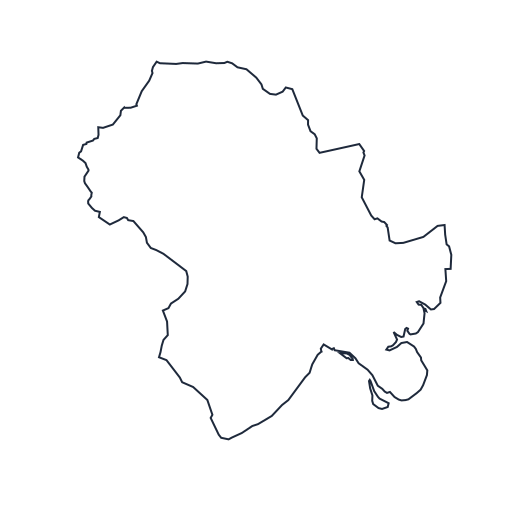 Dubreka, Dubréka, Guinea, rotated 281°
{"feature_id": "49546643B20116898332008", "entity_name": "Dubreka", "entity_type": "district", "adm_level": 2, "iso_a3": "GIN", "parent_name": "Guinea", "parent_adm1": "Dubréka", "projection": "mercator", "projection_center": [-13.536, 10.125], "detail": "fine", "context": "isolated", "style": "outline", "palette": "slate", "viewbox_px": 512, "rotation_deg": 281, "n_neighbors": 0, "source": "geoboundaries", "source_scale": "gbopen_adm2", "svg_char_len": 3121}
<svg xmlns="http://www.w3.org/2000/svg" viewBox="0 0 512 512"><g transform="rotate(281 256 256)"><path d="M178.8,348.3L179.1,348.3L180.3,350.0L178.5,351.2L178.9,366.2L174.6,373.1L170.3,377.2L169.7,378.5L165.7,387.2L161.2,393.0L151.9,400.3L149.7,405.3L147.5,408.2L146.6,410.7L148.1,413.4L144.0,418.9L142.3,423.5L142.0,426.4L143.1,430.3L144.4,433.0L152.3,440.1L156.2,443.1L161.1,444.7L171.7,446.5L176.4,446.0L185.1,438.1L187.8,437.3L192.4,432.5L195.3,430.6L197.3,428.4L200.4,420.7L198.3,415.3L193.6,411.7L188.8,405.1L189.0,401.8L192.2,403.2L193.1,405.9L194.5,407.5L198.2,409.8L200.9,410.4L207.6,405.6L205.5,409.4L204.2,414.0L205.1,416.2L212.8,416.4L214.1,417.5L213.7,419.1L211.5,418.8L208.9,421.5L208.5,422.6L210.4,427.7L212.2,429.5L221.7,433.3L231.9,432.4L235.2,431.0L234.4,433.6L236.3,432.4L236.5,430.7L239.6,427.5L239.3,424.9L241.5,422.6L242.7,424.7L240.6,431.4L236.9,437.9L237.9,440.9L245.2,446.0L250.4,444.7L267.6,447.5L279.3,444.4L280.5,449.5L294.4,447.5L302.3,443.7L303.8,440.9L313.1,437.6L322.4,435.2L320.2,428.5L306.7,416.7L297.0,398.1L295.1,390.5L296.7,384.2L309.1,379.8L310.4,378.3L311.4,378.7L313.8,375.4L313.8,372.7L316.1,368.0L314.7,365.4L317.7,361.4L333.8,348.6L351.4,347.7L358.8,341.3L375.4,343.4L378.1,341.7L379.7,342.1L385.6,336.0L380.5,324.3L374.9,311.4L369.4,298.7L372.8,294.9L383.1,293.2L386.7,290.4L388.9,285.7L394.9,282.0L399.3,281.2L402.8,275.1L426.7,259.8L427.1,253.1L422.4,250.8L418.2,244.8L417.8,238.8L421.4,230.8L425.5,228.6L431.1,222.3L437.5,211.0L437.7,201.8L440.6,195.8L441.2,190.8L439.4,188.1L437.6,180.1L437.3,169.9L433.8,162.2L431.4,147.2L429.3,141.0L426.9,124.9L427.8,121.4L421.8,118.8L417.9,118.5L415.8,119.5L407.7,117.7L396.0,112.4L382.2,109.6L380.8,110.4L377.6,104.6L376.3,98.3L376.5,98.2L372.8,95.7L368.3,96.0L357.7,90.4L352.6,81.4L352.3,76.6L344.9,78.3L341.6,78.1L340.1,74.9L338.2,73.9L335.0,68.1L333.6,68.1L332.1,65.1L325.3,64.3L323.7,62.8L318.8,62.5L316.6,67.8L314.7,70.9L311.4,72.8L308.9,75.0L307.8,75.3L301.2,72.5L296.8,73.1L294.8,74.2L291.5,77.7L287.9,81.3L286.8,82.7L284.4,82.7L283.0,83.0L280.5,81.9L278.6,80.8L277.5,80.8L275.5,81.3L271.9,85.7L269.7,89.3L269.5,94.3L264.2,94.3L259.0,106.5L264.8,114.4L268.9,118.8L268.7,122.0L266.8,123.7L266.9,129.0L257.7,140.8L253.6,144.3L248.2,146.4L243.8,151.2L242.8,156.9L240.5,164.7L227.9,190.4L222.7,192.9L215.4,194.1L207.7,193.2L199.2,187.9L193.1,181.6L188.1,180.0L184.7,175.0L174.7,181.2L161.5,184.5L156.0,181.2L150.0,180.6L143.4,180.6L138.1,180.1L136.7,188.0L122.2,204.4L118.0,207.6L115.4,219.3L105.4,235.7L91.8,243.5L88.4,242.4L73.5,253.5L70.9,256.5L70.8,264.1L73.2,267.0L79.5,275.8L88.4,284.8L91.3,290.0L102.0,302.0L114.7,310.0L120.7,315.2L146.4,327.4L151.6,330.9L157.1,331.5L160.4,331.9L170.8,335.4L174.4,338.2L174.6,338.5L174.7,338.4L177.4,337.3L182.1,339.3L178.8,348.3ZM139.6,404.5L141.1,402.5L145.1,398.6L145.9,397.8L155.1,392.3L156.1,391.3L154.8,390.8L147.9,393.3L141.3,396.9L136.0,397.7L133.0,399.3L130.1,405.3L129.9,408.9L132.9,414.1L136.8,414.3L139.6,404.5ZM173.4,370.6L176.8,366.7L177.7,363.6L176.6,357.0L172.9,364.5L173.5,366.0L172.0,368.8L172.4,370.9L173.4,370.6Z" fill="none" stroke="#1e293b" stroke-width="2"/></g></svg>